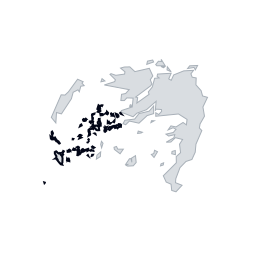 Notioy Aigaioy, Notio Aigaio, Greece shown in context, rotated 118°
{"feature_id": "26713481B52894455575268", "entity_name": "Notioy Aigaioy", "entity_type": "district", "adm_level": 2, "iso_a3": "GRC", "parent_name": "Greece", "parent_adm1": "Notio Aigaio", "projection": "natural_earth1", "projection_center": [26.069, 36.671], "detail": "fine", "context": "in_parent", "style": "outline", "palette": "ink", "viewbox_px": 256, "rotation_deg": 118, "n_neighbors": 0, "source": "geoboundaries", "source_scale": "gbopen_adm2", "svg_char_len": 9757}
<svg xmlns="http://www.w3.org/2000/svg" viewBox="0 0 256 256"><g transform="rotate(118 128 128)"><path d="M153.2,53.4L161.8,55.7L162.6,60.1L157.4,63.6L157.8,68.9L153.6,74.4L136.0,69.0L130.6,72.0L125.1,70.0L118.1,74.9L112.5,74.4L114.3,81.6L120.3,83.6L122.6,87.6L115.1,82.9L111.9,83.6L116.0,88.3L115.6,91.6L110.7,85.9L106.6,85.0L106.6,88.3L110.8,91.7L106.0,91.1L104.5,86.1L97.3,82.0L97.8,77.9L92.7,79.9L91.9,90.0L104.6,109.0L101.5,110.6L101.7,107.2L97.5,106.1L96.0,107.1L96.8,109.1L98.2,112.1L100.0,112.0L91.2,115.7L103.2,120.3L110.7,127.1L115.7,128.8L117.2,141.3L115.7,142.0L107.4,134.1L99.2,137.5L102.0,143.2L105.5,144.1L107.1,147.2L101.3,149.5L98.7,146.3L93.6,145.0L101.1,169.1L93.3,161.5L91.3,161.8L89.1,169.1L88.0,168.5L87.2,163.5L82.0,156.3L79.8,157.1L78.6,162.7L75.9,159.9L73.2,155.1L75.0,148.4L65.3,137.2L70.4,130.5L74.9,131.0L77.9,127.6L80.1,127.8L97.1,135.8L96.7,133.7L101.8,131.9L88.4,125.2L86.6,127.0L80.4,125.8L71.6,127.8L69.2,124.1L68.7,126.6L66.5,127.2L59.4,115.6L65.5,115.1L65.6,112.2L59.7,112.6L51.4,105.6L46.3,97.2L50.6,97.9L53.0,95.2L51.8,91.3L58.0,88.3L60.7,81.0L64.7,77.2L63.6,72.2L74.3,71.7L81.7,66.0L90.5,66.3L94.5,65.0L95.6,61.6L110.4,60.4L117.8,57.3L125.8,56.8L130.3,61.1L138.6,63.5L150.3,62.0L154.0,60.4L153.2,53.4ZM113.3,189.3L118.9,188.0L117.8,190.1L122.2,193.2L128.8,191.7L146.8,193.4L147.9,198.4L157.4,194.1L154.6,200.7L130.1,202.6L128.5,199.1L124.1,197.6L108.6,195.4L108.2,189.3L110.0,189.7L111.2,186.6L113.3,189.3ZM103.3,112.1L108.0,116.9L118.6,120.6L121.2,130.0L126.2,131.6L126.5,134.4L122.6,134.4L117.0,126.3L110.2,125.1L103.2,117.2L96.5,115.7L103.3,112.1ZM158.9,105.6L161.8,110.4L161.9,112.1L160.3,111.2L161.3,113.0L154.5,112.3L153.6,111.0L156.5,108.5L152.9,110.7L148.9,108.4L154.6,104.6L158.9,105.6ZM184.5,180.6L182.2,179.9L182.2,175.2L185.7,171.4L191.4,169.4L188.9,177.6L184.5,180.6ZM153.3,130.0L151.6,131.3L149.7,129.5L151.5,127.1L148.9,122.2L154.5,122.9L153.3,130.0ZM55.6,124.4L59.5,131.7L59.0,133.3L54.8,132.5L53.6,129.7L51.8,130.9L55.6,124.4ZM47.5,103.3L44.1,102.7L40.1,95.9L45.0,95.8L43.5,98.1L47.5,103.3ZM141.8,91.2L140.4,95.0L138.5,93.2L135.2,94.1L135.1,90.8L141.8,91.2ZM166.2,139.0L170.3,141.3L166.6,142.7L161.9,140.9L166.2,139.0ZM130.2,77.3L128.0,78.1L125.7,75.7L129.3,73.6L130.2,77.3ZM57.7,136.4L63.0,141.3L59.8,142.2L56.4,138.1L57.7,136.4ZM143.6,157.6L142.0,158.5L140.3,155.4L143.2,152.6L143.6,157.6ZM133.2,137.0L133.3,141.6L128.6,135.7L133.2,137.0ZM173.5,183.0L172.0,192.1L170.8,187.9L173.5,183.0ZM58.4,120.8L55.5,122.0L58.1,116.3L58.4,120.8ZM99.9,173.6L96.6,174.1L97.3,170.5L99.9,173.6ZM168.5,162.9L173.2,159.2L175.7,159.8L172.1,161.8L168.5,162.9ZM152.2,145.2L153.2,142.9L157.9,142.0L155.3,144.4L152.2,145.2ZM138.1,153.6L137.4,157.1L135.8,156.1L138.1,153.6ZM137.9,143.0L136.7,144.9L133.9,142.0L137.9,143.0ZM128.3,117.0L125.9,117.5L125.0,113.3L126.3,114.1L128.3,117.0ZM146.2,81.5L144.2,82.0L142.0,80.2L144.1,79.5L146.2,81.5ZM125.6,162.1L125.5,163.9L121.9,164.5L122.4,162.6L125.6,162.1ZM152.8,159.1L147.1,161.6L151.7,158.3L152.8,159.1ZM123.3,142.6L121.3,145.3L122.9,141.9L123.3,142.6ZM142.1,146.5L139.4,147.8L139.5,146.1L142.1,146.5ZM159.8,166.1L157.5,167.7L156.4,166.9L158.2,164.9L159.8,166.1ZM170.1,156.9L168.0,158.1L167.4,155.0L170.1,156.9ZM124.7,147.9L122.9,150.0L123.8,146.4L124.7,147.9ZM58.1,124.9L58.2,127.8L56.7,124.3L58.1,124.9ZM141.1,163.2L140.3,164.5L138.5,162.3L141.1,163.2ZM112.5,110.3L110.5,110.7L109.3,108.2L112.5,110.3ZM108.3,136.5L106.8,137.0L106.0,136.4L107.1,135.1L108.3,136.5ZM125.5,152.7L123.7,154.0L124.0,152.8L125.5,152.7ZM141.1,168.5L141.6,171.5L140.4,171.1L141.1,168.5ZM129.7,158.0L128.1,157.8L128.2,156.4L129.7,158.0Z" fill="#d9dde1" stroke="#a8b0b8" stroke-width="1"/><path d="M191.6,170.5L191.2,168.9L190.6,169.7L189.3,169.7L185.4,171.6L183.8,173.0L183.2,174.8L181.7,175.6L182.2,176.0L182.1,176.5L183.0,176.9L182.9,178.7L182.3,180.3L183.2,181.4L182.9,181.7L184.9,180.6L186.5,178.0L187.8,177.3L188.9,177.8L188.6,177.4L189.0,176.7L188.5,176.6L188.6,175.9L189.1,175.1L189.8,174.8L191.1,171.8L191.0,171.3L191.6,170.5ZM144.3,153.9L143.4,152.4L141.2,154.0L140.4,155.0L140.0,154.9L140.6,156.0L140.7,157.4L141.4,157.7L141.6,158.7L143.7,157.7L144.3,155.3L144.6,155.0L144.3,153.9ZM131.1,136.5L131.0,135.8L130.3,135.5L130.2,134.9L128.5,135.6L128.3,136.5L128.8,137.7L129.2,137.3L129.8,137.6L130.8,139.3L131.9,140.0L132.7,141.5L133.3,141.8L133.2,141.4L133.9,139.9L133.1,139.9L133.6,139.0L132.8,138.3L133.1,137.1L131.8,137.0L131.1,136.5ZM173.6,182.9L172.4,183.4L172.4,185.1L171.7,186.0L171.7,186.8L170.6,187.9L171.5,189.0L171.6,190.4L171.0,191.2L172.0,191.9L171.9,192.3L172.6,191.8L172.2,191.7L172.6,190.9L173.6,190.6L173.8,190.2L173.1,189.7L173.4,189.0L172.2,187.6L173.4,185.0L173.2,184.1L173.6,182.9ZM174.7,159.3L174.4,158.8L170.8,160.2L169.3,162.0L168.1,162.2L168.0,163.4L169.0,164.1L169.1,162.4L170.2,162.0L171.4,162.3L172.5,161.2L175.7,160.0L175.5,159.4L174.7,159.3ZM134.9,142.0L133.6,142.0L133.5,142.3L135.7,144.1L135.8,144.7L137.3,145.3L138.1,145.0L138.4,143.4L137.3,142.8L134.9,142.6L134.9,142.0ZM138.0,153.6L136.7,154.2L136.2,154.8L136.6,155.0L135.8,155.5L135.6,156.5L136.0,157.1L137.1,157.5L138.3,156.6L138.8,155.6L138.4,155.1L139.1,153.7L138.6,153.6L138.5,154.1L137.8,154.3L138.0,153.6ZM124.4,162.6L123.7,161.9L123.4,162.2L123.7,163.0L124.4,163.4L124.0,163.8L123.1,163.4L123.1,162.8L122.2,162.6L121.8,164.7L125.6,164.0L125.7,162.3L125.2,162.0L124.4,162.6ZM123.5,142.5L122.4,141.8L121.4,142.4L120.9,143.5L121.1,145.4L123.1,143.5L123.5,142.5ZM152.0,158.4L151.1,158.5L150.8,158.9L151.2,159.1L148.9,160.2L148.8,160.5L149.3,160.7L149.0,161.0L147.0,161.5L148.1,162.0L149.3,161.5L151.2,159.6L153.2,159.2L152.0,158.4ZM168.6,155.5L167.3,155.3L168.8,156.6L168.3,156.5L167.8,158.0L168.7,158.6L169.2,158.6L169.2,158.0L170.4,158.1L169.9,157.8L170.3,157.0L170.1,156.6L169.2,156.4L168.9,156.1L169.3,156.0L168.6,155.5ZM139.4,161.6L138.7,161.7L138.4,163.0L139.1,163.2L140.2,164.8L140.7,164.6L140.7,163.6L141.0,163.2L139.7,162.3L139.4,161.6ZM123.8,147.2L123.9,146.3L122.7,147.6L123.1,147.8L123.3,148.8L122.6,150.3L124.0,149.2L124.2,148.2L124.8,148.2L124.5,147.5L123.8,147.2ZM158.4,164.8L158.4,165.4L159.0,165.3L158.6,165.5L158.7,166.1L157.7,166.4L156.4,165.8L156.4,166.8L156.9,167.5L158.1,167.7L157.7,167.1L158.0,167.0L158.1,166.3L160.0,166.1L158.4,164.8ZM140.3,146.0L139.4,146.2L139.7,146.9L139.3,147.3L139.3,148.0L139.6,147.6L141.0,147.8L141.1,147.4L142.1,147.1L142.1,146.4L140.9,146.0L140.5,146.7L140.3,146.0ZM132.8,147.4L132.7,145.9L131.8,145.6L132.2,146.1L132.1,147.0L131.4,147.8L131.9,148.3L131.7,148.9L133.4,148.1L132.8,147.4ZM127.5,156.0L128.2,157.1L127.8,157.4L128.5,159.1L129.7,158.1L128.6,156.5L127.5,156.0ZM125.0,152.4L124.0,152.7L123.5,154.2L124.3,153.9L124.2,154.2L125.0,154.5L125.3,153.7L125.6,154.0L125.6,152.7L125.0,152.4ZM141.5,168.8L140.4,168.6L141.2,168.9L141.6,170.3L141.2,171.0L140.2,171.1L141.7,171.7L142.5,171.0L142.5,170.1L141.5,168.8ZM169.8,191.5L167.8,191.8L166.8,193.3L167.4,193.5L169.2,192.4L169.8,191.5ZM176.4,169.9L175.7,168.3L175.4,168.9L174.8,168.6L174.6,169.6L175.1,169.9L175.8,169.5L176.5,170.7L177.4,170.1L177.2,169.8L177.1,170.1L176.4,169.9ZM183.9,165.2L184.3,164.8L183.1,165.5L183.1,166.0L183.9,166.0L183.6,166.5L184.6,166.6L184.3,167.1L185.0,166.8L184.8,166.5L185.1,166.3L184.7,166.2L185.1,165.9L185.0,165.1L183.9,165.2ZM166.0,152.5L165.3,153.1L166.3,153.6L166.0,154.0L166.3,154.4L166.9,154.0L166.4,154.5L166.6,154.7L167.4,154.6L166.9,153.7L167.1,153.5L166.5,153.4L166.8,152.8L166.0,152.5ZM137.0,163.6L136.8,163.2L135.6,163.6L134.9,164.9L137.0,163.6ZM172.8,165.4L171.7,165.6L171.7,166.4L173.1,166.4L172.8,165.4ZM149.1,171.2L147.5,170.1L146.8,170.9L147.5,171.4L149.1,171.2ZM126.0,160.3L125.3,160.8L125.7,161.9L126.3,161.8L126.8,160.7L126.0,160.3ZM135.1,158.3L134.9,157.6L135.5,155.8L134.2,156.7L134.3,157.4L135.1,158.3ZM162.5,149.4L161.1,148.6L161.0,150.5L161.5,150.5L161.3,150.8L161.6,150.9L161.8,150.2L161.3,149.7L161.7,149.2L162.5,149.4ZM133.0,165.3L131.4,164.3L131.0,164.4L132.3,165.8L133.1,165.8L133.0,165.3ZM180.5,173.8L178.7,173.7L178.7,174.4L180.4,174.2L180.5,173.8ZM173.7,182.4L173.8,181.2L173.5,181.1L172.9,182.2L173.3,182.6L173.7,182.4ZM142.4,160.7L142.3,159.8L141.2,160.6L141.9,160.9L142.4,160.7ZM118.1,142.7L118.9,141.0L118.8,140.2L118.1,141.9L118.1,142.7ZM127.8,161.8L126.8,161.7L127.0,162.3L127.9,162.4L127.8,161.8ZM129.4,143.0L128.8,143.0L127.7,143.5L129.4,143.9L129.4,143.0ZM165.6,150.1L164.5,149.7L164.3,150.0L165.6,150.7L165.6,150.1ZM145.9,159.7L145.4,158.9L144.6,159.6L145.9,159.7ZM172.4,158.0L171.3,157.9L171.8,158.6L172.5,158.7L172.1,158.3L172.4,158.0ZM169.5,146.9L168.9,146.4L168.1,146.4L168.5,147.1L169.5,146.9ZM138.0,147.5L137.4,147.4L138.1,148.1L137.8,148.7L138.4,148.6L138.0,147.5ZM148.5,155.0L148.6,153.9L148.0,154.4L147.7,154.2L148.5,155.0ZM215.4,176.3L215.9,175.8L215.6,175.7L215.8,175.4L215.3,175.7L215.4,176.3ZM140.2,169.3L139.8,168.9L139.6,169.7L140.1,169.9L140.2,169.3ZM160.5,156.9L159.2,156.7L159.4,157.0L159.1,157.1L160.5,156.9ZM164.0,171.5L163.8,171.1L163.3,171.1L163.5,171.7L164.0,171.5ZM120.4,162.0L120.6,161.3L120.0,161.3L120.1,161.7L120.4,162.0ZM143.4,160.2L143.1,159.3L142.8,159.8L143.4,160.2ZM134.4,157.8L133.5,157.7L133.7,158.0L134.4,157.8ZM182.3,173.0L181.9,172.8L181.7,173.2L182.1,173.1L181.9,173.6L182.3,173.0ZM164.9,148.8L164.4,147.8L164.2,148.0L164.9,148.8ZM144.5,158.5L144.9,158.3L145.0,158.1L144.5,158.0L144.5,158.5ZM157.1,157.1L156.5,157.2L156.4,157.5L156.8,157.6L157.1,157.1ZM168.1,156.8L167.3,156.6L167.9,157.1L168.1,156.8ZM184.7,164.3L184.3,164.5L184.2,164.7L184.7,164.7L184.7,164.3ZM172.0,164.2L171.8,163.9L171.3,164.5L171.4,164.8L172.0,164.2ZM171.1,150.8L171.2,150.2L170.8,150.7L171.1,150.8ZM144.0,159.1L144.5,158.6L143.7,159.1L144.0,159.1ZM141.1,170.0L140.7,170.2L141.1,170.2L141.1,170.0ZM138.7,148.7L138.8,148.3L138.7,147.8L138.6,148.0L138.7,148.7Z" fill="none" stroke="#020617" stroke-width="2"/></g></svg>